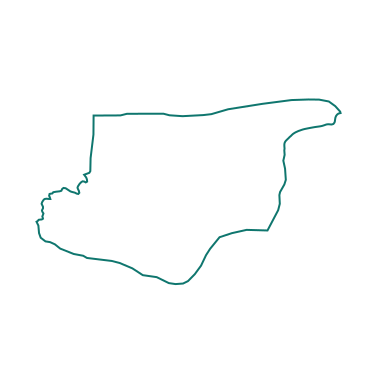 San Lucas Tolimán, Sololá, Guatemala (Mercator projection), rotated 262°
{"feature_id": "79465075B2167419407314", "entity_name": "San Lucas Tolimán", "entity_type": "district", "adm_level": 2, "iso_a3": "GTM", "parent_name": "Guatemala", "parent_adm1": "Sololá", "projection": "mercator", "projection_center": [-91.143, 14.59], "detail": "fine", "context": "isolated", "style": "outline", "palette": "teal", "viewbox_px": 384, "rotation_deg": 262, "n_neighbors": 0, "source": "geoboundaries", "source_scale": "gbopen_adm2", "svg_char_len": 2003}
<svg xmlns="http://www.w3.org/2000/svg" viewBox="0 0 384 384"><g transform="rotate(262 192 192)"><path d="M184.2,33.9L180.1,35.2L172.6,34.8L167.8,35.8L163.5,40.0L162.1,44.5L159.3,48.9L154.3,53.6L147.1,66.2L144.0,75.4L141.3,78.8L134.9,102.9L131.8,110.4L124.7,122.3L116.5,131.7L112.6,145.2L105.0,156.4L103.1,162.9L102.6,170.4L104.3,175.6L110.2,183.3L117.8,190.7L127.5,197.1L133.2,202.0L143.4,213.0L145.7,225.8L146.9,240.8L143.4,261.4L162.0,274.8L168.1,277.3L176.8,278.1L179.7,279.2L186.6,284.5L191.0,286.6L196.6,287.0L202.1,287.4L210.3,286.8L215.9,288.9L220.3,289.2L222.2,289.7L224.0,289.8L225.9,290.0L227.4,290.4L228.6,291.1L229.6,292.0L231.1,294.0L231.8,295.0L232.9,296.4L233.7,297.7L234.5,298.7L235.5,300.2L236.2,301.7L236.7,302.9L237.2,304.6L237.6,305.9L237.9,307.5L238.2,308.9L238.5,310.6L238.7,312.4L238.9,315.6L239.0,317.5L239.1,320.0L239.2,322.8L239.2,325.7L239.2,328.0L239.3,329.8L239.5,331.1L239.8,332.7L240.1,334.1L240.2,335.2L240.1,336.7L239.7,338.3L239.4,339.7L239.7,341.5L241.0,342.8L242.1,343.3L243.9,343.8L245.8,344.4L247.3,345.3L248.5,346.5L249.3,348.0L249.5,350.1L251.0,349.9L257.1,345.8L262.6,340.1L265.8,330.7L267.4,320.2L269.2,303.3L269.5,273.9L268.9,239.3L266.4,222.0L266.6,213.9L268.4,193.2L271.1,180.4L273.5,174.6L278.5,138.5L277.8,131.8L281.4,105.2L262.6,102.4L239.7,96.3L226.8,94.2L225.3,93.0L224.1,87.6L221.2,89.2L220.1,89.5L218.8,89.7L216.9,89.6L216.3,88.1L217.3,86.8L217.8,85.2L217.3,83.9L215.8,81.9L213.4,79.8L212.1,79.2L210.4,79.6L209.0,80.1L206.9,80.3L205.9,79.1L206.5,77.5L207.6,76.0L208.2,74.6L208.7,73.3L209.5,71.7L213.3,67.4L213.9,65.3L213.0,63.8L211.4,62.8L211.1,61.0L211.2,57.6L211.1,54.6L210.0,53.5L210.0,51.8L209.9,50.7L208.2,50.0L206.7,50.4L204.8,50.7L205.1,48.9L205.6,47.0L205.6,45.3L205.1,44.2L203.8,43.0L202.8,42.2L201.2,41.4L199.7,41.9L198.0,42.4L196.4,42.1L195.4,41.3L194.4,40.8L192.6,41.3L191.5,41.9L190.2,41.3L188.7,40.4L187.4,40.6L186.3,40.7L185.7,39.4L185.8,38.2L185.8,36.3L184.7,35.1L184.2,33.9Z" fill="none" stroke="#0f766e" stroke-width="2"/></g></svg>